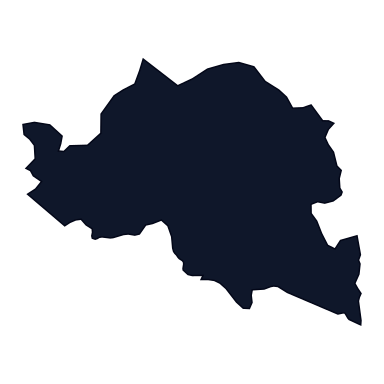 map outline of Smolyan (Mercator projection)
{"feature_id": "BGR-2236", "entity_name": "Smolyan", "entity_type": "Province", "adm_level": 1, "iso_a3": "BGR", "parent_name": "Bulgaria", "parent_adm1": "", "projection": "mercator", "projection_center": [24.659, 41.628], "detail": "fine", "context": "isolated", "style": "filled", "palette": "ink", "viewbox_px": 384, "rotation_deg": 0, "n_neighbors": 0, "source": "natural_earth", "source_scale": "10m", "svg_char_len": 1705}
<svg xmlns="http://www.w3.org/2000/svg" viewBox="0 0 384 384"><path d="M95.2,239.2L92.3,238.2L91.8,235.9L92.5,232.4L92.2,228.8L86.1,224.9L81.1,219.2L75.7,219.9L69.9,222.4L64.7,225.8L64.6,225.7L27.6,194.2L35.6,189.0L41.6,181.5L33.3,175.8L30.5,170.6L26.0,168.4L35.2,158.8L34.4,145.3L29.7,139.1L24.1,134.5L23.0,124.5L34.4,122.4L49.8,124.9L62.1,136.1L60.7,143.7L58.4,151.0L63.9,151.5L69.8,145.8L87.5,145.3L100.9,133.2L101.1,114.0L114.2,95.7L123.3,89.9L134.8,84.0L139.7,70.7L143.2,59.1L177.7,85.8L192.4,78.9L207.5,69.1L223.6,64.5L238.8,62.5L253.9,66.8L265.1,81.4L278.9,90.1L286.5,97.1L292.6,108.2L302.8,107.8L311.1,105.0L322.7,120.8L328.6,120.9L333.8,123.3L328.4,129.3L324.9,137.5L328.2,144.6L333.5,152.2L336.9,166.0L341.2,170.4L339.2,178.5L339.8,188.1L342.1,192.0L341.0,195.1L333.2,200.9L324.7,203.1L317.6,201.7L311.0,204.3L311.1,213.4L316.7,221.1L321.6,233.6L327.6,245.3L335.0,249.0L340.5,240.5L357.0,235.8L360.4,254.8L358.5,260.1L360.0,263.9L358.9,274.2L354.8,283.4L357.6,288.4L361.0,293.5L359.4,297.1L358.4,301.0L361.0,320.5L360.7,324.9L349.1,319.5L347.9,318.1L345.5,314.0L344.6,312.9L343.0,312.9L337.9,314.0L287.3,292.4L277.9,286.5L273.7,286.0L270.6,286.6L264.2,289.0L252.2,289.8L251.2,295.3L252.0,302.5L249.4,308.5L243.2,308.2L236.5,302.1L226.0,288.5L219.9,283.1L214.3,280.4L208.2,279.5L201.1,279.5L203.0,275.4L192.2,275.5L188.0,274.5L183.2,270.1L183.0,268.5L183.7,264.0L183.4,261.9L182.2,260.5L179.3,258.7L178.1,257.4L176.5,255.0L174.9,253.4L173.6,251.5L172.7,248.1L171.7,236.7L167.9,225.8L161.4,220.0L152.5,223.5L145.7,225.0L139.4,234.0L134.8,235.1L128.2,234.0L123.5,234.5L113.1,237.6L110.3,237.9L102.0,236.9L99.3,237.3L97.3,238.5L95.2,239.2Z" fill="#0f172a" stroke="#020617" stroke-width="1.5"/></svg>